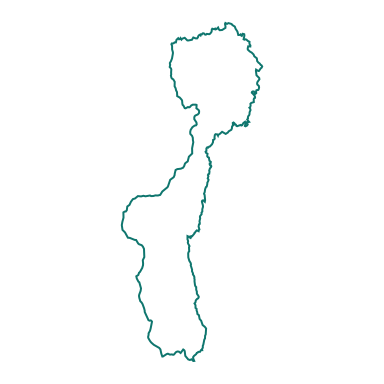 Capitão Poço, Pará, Brazil
{"feature_id": "56859067B50516914991267", "entity_name": "Capitão Poço", "entity_type": "district", "adm_level": 2, "iso_a3": "BRA", "parent_name": "Brazil", "parent_adm1": "Pará", "projection": "equal_earth", "projection_center": [-47.202, -2.066], "detail": "fine", "context": "isolated", "style": "outline", "palette": "teal", "viewbox_px": 384, "rotation_deg": 0, "n_neighbors": 0, "source": "geoboundaries", "source_scale": "gbopen_adm2", "svg_char_len": 5967}
<svg xmlns="http://www.w3.org/2000/svg" viewBox="0 0 384 384"><path d="M140.3,301.2L141.6,302.5L142.6,304.2L144.1,308.3L144.7,310.7L144.7,311.9L148.5,320.2L149.7,320.7L150.5,320.4L151.3,320.7L152.0,321.7L150.6,328.6L150.0,330.8L148.6,333.3L148.6,334.7L148.1,337.0L148.3,338.0L149.9,340.8L151.2,342.5L153.8,344.8L159.2,347.9L160.4,349.4L161.3,353.6L162.3,356.5L162.9,356.5L166.6,354.1L167.9,353.7L169.9,354.6L171.9,354.4L173.1,354.8L174.0,354.5L175.9,352.2L177.3,351.5L178.8,351.6L180.6,353.0L183.2,349.5L184.2,350.2L184.7,351.1L185.3,355.9L188.2,359.4L189.9,360.0L191.5,359.3L193.3,361.0L194.2,360.9L193.3,358.7L193.1,357.2L194.0,355.9L196.1,354.2L196.8,352.9L197.6,352.7L198.3,351.9L200.0,351.8L201.0,350.1L202.2,350.1L202.0,349.1L202.8,347.7L202.8,345.8L203.3,344.7L204.3,339.6L205.0,338.4L205.1,335.7L205.7,334.4L206.1,328.5L204.8,326.8L202.6,325.0L201.2,320.8L199.6,318.9L198.9,315.2L197.4,314.0L197.2,312.1L196.6,310.5L196.6,308.9L195.5,307.9L195.5,305.2L194.5,303.4L195.4,302.5L195.8,300.4L197.0,299.0L198.2,298.3L198.8,296.9L198.1,295.4L197.2,294.3L196.8,293.1L196.9,291.8L196.2,289.7L196.2,287.1L195.5,286.4L195.0,285.1L194.5,281.2L194.6,279.4L194.3,278.4L194.4,277.2L194.0,276.0L192.9,274.4L193.0,273.4L192.0,271.2L192.1,269.7L190.7,265.2L191.0,264.3L190.6,262.9L189.3,260.8L188.3,257.4L188.2,253.4L188.5,252.2L189.2,251.3L189.0,247.1L189.5,246.1L188.1,243.6L187.8,242.4L188.1,241.6L188.0,240.5L187.5,239.5L187.5,236.1L189.0,236.8L190.1,236.5L189.7,237.5L190.6,238.0L191.3,236.7L192.0,236.4L194.2,233.8L194.5,232.9L195.1,232.6L195.5,231.7L196.8,230.4L198.6,231.2L198.8,230.0L199.4,229.5L198.6,226.6L199.0,224.3L199.7,224.0L199.8,223.0L199.5,221.3L200.2,218.2L199.9,217.0L200.1,216.1L201.6,214.2L201.5,212.6L202.3,211.6L202.3,209.2L203.0,206.8L202.9,205.3L201.9,201.7L202.2,200.7L203.1,200.3L204.8,201.8L205.1,200.2L205.0,198.9L204.6,194.9L204.0,193.8L204.7,192.1L205.1,189.3L205.9,187.1L206.7,186.6L207.3,184.0L207.3,182.8L208.4,180.5L208.5,179.5L207.7,178.5L208.4,176.2L207.9,175.1L208.4,174.1L209.2,173.8L209.5,171.6L209.2,170.7L209.9,168.4L210.9,167.3L211.3,166.2L210.9,165.3L210.2,165.4L209.7,164.5L209.7,163.4L210.6,163.1L210.8,161.9L209.4,160.7L208.9,157.6L207.8,157.1L207.2,156.1L207.5,153.7L205.9,152.7L205.6,151.6L206.4,151.0L206.4,148.4L207.3,147.3L208.0,147.7L209.2,146.6L209.9,146.5L212.0,144.3L213.0,142.2L213.1,139.9L214.3,139.4L214.7,138.6L214.5,137.4L214.8,135.1L215.5,134.2L217.3,134.4L218.0,135.7L218.3,134.8L219.8,133.9L222.1,131.8L225.7,133.9L227.9,132.5L228.7,131.3L231.3,129.8L231.9,128.4L232.0,126.8L232.6,125.7L233.4,125.2L232.9,124.4L232.8,122.9L233.5,122.5L234.3,123.1L234.9,124.0L235.9,124.7L236.4,125.9L237.1,126.2L240.8,124.9L241.3,125.5L242.2,125.2L243.4,123.0L245.0,121.8L245.5,123.3L244.9,126.0L245.6,126.3L247.2,125.4L247.7,124.3L246.2,122.9L246.7,122.2L247.6,121.8L248.3,122.1L249.1,121.9L247.7,120.3L247.2,119.4L248.0,118.6L247.9,117.3L248.3,116.1L249.1,115.3L249.5,114.2L249.6,112.2L250.5,110.1L250.3,109.0L249.4,107.7L250.2,107.1L250.6,105.5L250.4,103.8L251.3,102.9L253.8,102.1L253.7,99.5L254.0,98.4L254.9,98.0L255.1,97.2L254.8,96.1L253.3,94.2L251.8,92.7L252.1,91.8L252.9,91.4L253.9,91.5L255.4,93.8L256.2,93.2L256.1,91.2L256.5,90.2L258.3,89.9L258.8,88.9L259.1,87.3L258.8,85.9L257.3,84.5L257.1,83.2L257.5,81.9L259.4,79.3L259.2,78.0L256.5,75.3L255.9,70.7L256.1,69.6L258.1,70.9L258.9,71.0L260.7,68.4L261.6,67.7L262.2,66.5L261.5,65.3L260.8,65.0L259.5,63.3L258.6,62.8L257.2,61.1L256.8,58.3L254.3,56.3L253.6,54.5L251.7,52.6L249.8,51.5L247.8,49.6L247.7,48.4L248.2,46.3L250.3,46.5L250.4,45.4L249.7,44.4L249.4,43.2L249.5,41.8L247.8,40.9L246.4,39.6L245.5,39.3L244.5,39.7L243.6,39.3L244.2,36.7L244.4,35.3L244.2,34.2L242.8,33.8L241.8,35.9L241.0,35.4L240.6,34.4L239.9,34.9L238.3,35.0L237.4,31.5L235.6,28.8L234.8,26.6L232.3,25.0L231.9,24.3L231.0,23.8L228.4,23.1L227.0,23.9L225.4,23.0L225.0,23.9L225.5,26.5L225.4,27.9L222.1,30.0L219.7,30.2L218.9,29.4L218.1,27.5L216.5,29.1L215.5,29.4L215.1,28.6L214.0,29.2L212.3,28.7L211.8,29.4L211.7,31.1L211.3,32.2L210.1,33.7L209.2,34.2L206.8,33.9L205.8,34.7L204.7,34.4L204.2,33.6L203.4,33.3L202.6,33.4L201.9,34.4L201.0,34.3L200.6,35.4L199.9,34.7L198.9,35.3L198.2,36.3L197.9,37.4L197.1,38.4L195.7,38.4L193.3,37.5L191.9,39.8L188.1,40.5L187.3,40.4L184.7,37.8L182.2,38.7L181.5,39.6L180.5,38.2L180.1,39.1L179.0,39.3L178.2,38.2L176.5,39.8L175.9,42.4L174.5,42.4L173.8,43.2L172.9,43.5L171.9,43.4L171.4,44.2L172.1,46.0L172.1,49.4L172.9,52.2L172.9,53.5L172.0,58.5L170.9,61.3L169.9,62.9L169.9,64.0L170.2,64.8L169.7,67.0L171.0,68.5L171.3,69.4L171.1,72.4L171.2,74.6L170.9,75.5L171.4,77.7L171.9,78.5L173.3,79.4L174.7,81.8L174.6,86.3L175.6,88.2L176.1,90.4L177.0,92.1L177.2,96.1L179.8,97.6L181.7,99.8L182.1,100.7L182.4,104.1L182.7,105.0L183.4,105.5L184.7,108.1L185.6,108.3L188.0,107.0L189.0,107.4L189.9,107.0L191.2,105.5L192.7,104.7L196.0,104.7L196.6,105.0L196.4,108.3L198.6,110.0L199.1,111.0L199.1,111.9L199.0,113.0L198.4,113.8L197.7,114.5L195.4,115.5L194.7,116.2L194.3,117.2L194.3,119.2L196.4,122.4L196.7,124.3L196.1,125.3L194.6,125.6L192.4,127.2L190.7,129.8L190.2,131.9L190.3,133.9L192.1,135.9L192.8,137.8L192.9,140.1L193.3,142.2L192.1,148.3L192.2,153.5L188.9,156.7L187.7,161.4L185.5,163.0L184.9,163.8L184.2,166.0L183.1,167.7L180.8,168.7L177.3,169.1L175.6,170.0L174.7,173.8L174.6,175.1L173.7,177.2L170.2,179.8L168.0,186.3L167.5,187.2L162.3,191.5L160.2,194.9L157.9,195.5L155.4,195.4L153.3,196.0L151.1,196.1L150.0,195.5L145.5,196.3L143.4,195.8L141.1,196.4L137.9,196.1L135.0,198.5L132.9,199.1L130.9,201.8L129.5,204.9L127.3,206.5L126.8,210.2L125.8,211.5L124.6,211.6L123.4,212.4L123.5,217.7L122.4,221.7L121.8,225.1L122.5,229.9L125.0,232.4L127.9,237.7L129.8,237.9L134.7,239.9L136.1,240.0L138.2,243.5L139.0,244.2L141.7,245.2L142.9,246.6L144.0,248.9L144.3,257.1L142.8,260.2L143.1,263.5L143.0,265.3L142.2,268.0L140.0,271.9L139.0,272.8L138.3,275.0L136.3,276.3L136.8,278.5L138.4,281.6L139.3,282.3L141.0,288.4L140.6,291.0L139.3,294.4L139.0,295.9L139.3,297.8L140.3,301.2Z" fill="none" stroke="#0f766e" stroke-width="2"/></svg>